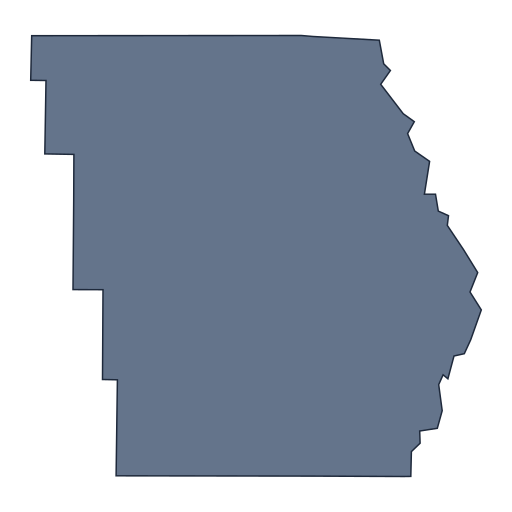 outline of Butler, Missouri, United States of America
{"feature_id": "52423323B14076853941124", "entity_name": "Butler", "entity_type": "district", "adm_level": 2, "iso_a3": "USA", "parent_name": "United States of America", "parent_adm1": "Missouri", "projection": "natural_earth1", "projection_center": [-90.333, 36.712], "detail": "fine", "context": "isolated", "style": "filled", "palette": "slate", "viewbox_px": 512, "rotation_deg": 0, "n_neighbors": 0, "source": "geoboundaries", "source_scale": "gbopen_adm2", "svg_char_len": 704}
<svg xmlns="http://www.w3.org/2000/svg" viewBox="0 0 512 512"><path d="M116.1,475.8L179.1,475.9L183.4,475.9L183.8,475.9L312.0,476.1L404.0,476.5L410.8,476.4L411.4,451.6L420.1,443.2L419.7,431.0L437.3,428.3L442.2,410.7L438.7,384.6L443.1,374.8L447.9,378.8L454.0,356.0L464.3,353.7L470.7,339.8L481.3,309.9L470.0,292.0L477.7,272.6L463.7,249.9L447.3,225.4L448.5,215.7L438.3,211.1L435.5,194.2L424.4,194.2L429.6,161.4L414.7,151.0L407.6,133.6L414.3,121.7L403.2,113.7L380.7,84.3L390.4,70.5L383.7,63.8L379.3,40.2L313.2,36.5L301.4,35.5L31.7,35.7L30.7,80.3L46.0,80.5L44.8,153.9L73.9,154.4L73.7,200.2L73.0,289.6L103.0,289.7L102.5,379.5L117.4,379.8L116.1,475.8Z" fill="#64748b" stroke="#1e293b" stroke-width="1.5"/></svg>